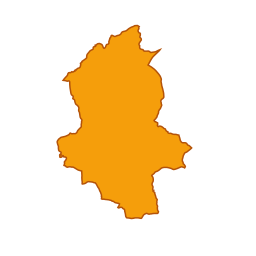 outline of Lolotoe, Bobonaro, East Timor, rotated 52°
{"feature_id": "22284137B16004980931012", "entity_name": "Lolotoe", "entity_type": "district", "adm_level": 2, "iso_a3": "TLS", "parent_name": "East Timor", "parent_adm1": "Bobonaro", "projection": "natural_earth1", "projection_center": [125.249, -9.146], "detail": "fine", "context": "isolated", "style": "filled", "palette": "amber", "viewbox_px": 256, "rotation_deg": 52, "n_neighbors": 0, "source": "geoboundaries", "source_scale": "gbopen_adm2", "svg_char_len": 5775}
<svg xmlns="http://www.w3.org/2000/svg" viewBox="0 0 256 256"><g transform="rotate(52 128 128)"><path d="M86.0,54.5L85.5,56.3L84.9,59.3L84.4,60.3L82.5,63.6L80.9,64.0L80.1,64.4L77.5,67.8L77.1,68.0L75.4,68.0L74.0,69.2L73.0,69.6L72.3,69.5L71.3,69.0L70.9,68.6L70.4,68.1L69.3,68.1L68.5,67.6L68.0,66.8L66.8,63.3L66.5,63.1L65.6,62.6L65.1,62.6L64.0,62.8L63.2,62.3L62.6,61.3L61.3,60.2L60.7,60.1L59.8,60.7L58.0,60.5L57.6,60.3L57.0,59.6L56.5,58.3L55.5,57.9L55.0,56.7L54.3,57.0L53.6,57.2L53.0,57.5L51.5,59.7L51.3,61.2L50.6,63.3L50.4,64.5L50.2,66.3L50.3,68.9L50.1,70.2L49.2,72.1L48.8,73.3L48.8,73.8L48.9,74.4L49.3,75.3L49.5,75.9L49.5,76.6L49.4,77.8L48.5,79.7L48.1,81.4L47.6,82.2L47.2,82.5L45.3,83.4L44.9,83.9L44.9,84.4L45.6,85.3L46.1,87.0L47.3,88.6L47.6,89.1L48.3,90.1L49.2,90.6L49.5,91.0L49.7,92.1L49.6,92.4L49.2,93.1L49.1,93.6L49.4,94.3L50.4,96.0L50.6,96.6L50.6,97.6L50.4,97.8L49.7,98.0L47.2,97.3L46.3,97.2L45.2,97.6L44.6,98.0L43.8,98.5L43.1,99.7L42.9,100.3L42.9,102.0L42.5,102.9L43.1,103.3L43.5,103.1L43.6,103.6L43.0,104.9L43.0,105.6L43.1,105.8L43.7,106.2L44.4,107.1L43.8,110.2L44.8,114.7L45.3,115.6L46.8,117.1L47.1,117.2L47.3,117.6L47.4,118.5L47.2,123.3L47.4,123.6L47.6,123.6L47.8,124.1L47.8,124.6L47.7,125.5L48.0,125.9L49.0,126.2L49.2,126.4L49.6,127.1L50.3,127.8L50.6,128.6L50.6,129.6L50.1,130.7L50.1,132.0L50.0,132.8L50.4,133.2L50.3,133.4L50.0,133.6L49.8,134.0L49.9,134.5L50.1,134.9L50.4,135.0L50.1,135.4L50.2,136.0L49.9,137.0L49.5,137.5L49.3,137.4L49.1,137.5L49.0,138.0L49.1,138.7L49.0,139.2L48.2,140.2L47.9,140.9L48.3,142.1L49.2,143.3L49.3,143.8L49.9,147.7L50.5,149.8L52.0,148.3L53.4,147.3L53.9,146.8L54.2,146.0L54.6,145.5L55.4,145.4L56.3,145.9L57.7,147.0L60.6,148.9L65.5,151.6L66.7,152.0L67.4,152.0L68.8,151.7L69.4,151.8L69.8,152.0L70.7,153.3L71.1,153.4L72.2,152.9L72.8,152.8L73.3,153.0L74.9,153.8L76.7,154.4L77.4,154.4L78.5,154.1L80.4,153.9L81.2,154.1L81.8,154.3L82.5,154.8L83.0,155.4L84.1,156.3L85.9,156.7L90.0,159.0L91.4,159.3L92.6,159.2L93.2,159.4L93.9,159.9L94.3,160.6L94.7,161.0L95.4,161.4L96.2,162.5L98.2,164.0L98.4,164.5L98.8,167.8L99.2,169.5L100.1,171.2L100.1,172.5L99.9,173.2L98.8,174.5L98.1,175.7L97.6,176.1L96.7,176.4L96.4,176.9L96.9,178.4L96.6,180.2L96.0,182.5L94.1,186.6L94.1,188.2L94.1,189.6L94.7,191.4L94.9,191.9L95.5,192.5L97.4,193.4L99.6,194.1L101.1,195.3L102.8,196.3L103.8,196.4L104.5,196.2L105.2,195.8L105.8,195.7L106.1,195.8L106.4,196.0L106.9,196.8L107.7,197.0L108.0,197.4L107.0,198.1L107.3,198.6L107.8,198.7L108.1,198.9L108.7,199.5L109.1,199.6L109.6,199.2L110.1,198.0L109.6,196.7L109.6,196.3L110.0,196.1L111.0,196.4L111.4,196.3L112.1,195.4L112.7,195.0L113.4,194.8L114.0,195.2L114.6,195.9L114.8,196.4L115.6,199.1L116.7,199.6L118.1,201.5L118.9,201.0L119.3,200.6L120.5,200.6L121.5,200.0L122.4,198.2L122.9,197.5L124.0,196.6L124.8,195.6L125.4,195.1L130.1,193.3L131.1,192.7L133.4,191.0L137.3,193.7L138.5,194.8L140.5,196.2L141.4,196.8L142.4,197.3L143.4,198.3L144.0,198.5L144.7,197.3L145.2,196.1L145.4,195.2L145.4,193.9L145.5,193.2L145.6,192.8L146.0,192.1L147.6,190.4L148.8,189.2L150.4,188.3L150.9,187.6L151.4,187.5L153.1,187.6L156.4,188.2L157.7,188.2L160.3,189.0L161.3,189.1L163.7,189.9L164.5,190.2L165.0,190.6L165.5,191.1L166.2,191.2L167.4,192.5L168.0,192.3L168.4,191.9L169.3,190.7L170.0,190.2L172.5,187.6L174.8,185.8L175.3,185.6L175.9,185.6L176.3,185.1L177.0,184.6L178.4,184.3L179.3,183.8L181.7,181.8L182.6,181.4L183.8,183.2L184.3,184.9L185.0,184.8L185.4,184.2L186.0,182.5L186.5,182.0L187.1,181.6L188.3,181.6L189.1,181.3L189.5,181.0L190.6,181.1L191.3,181.7L194.0,182.9L196.3,184.2L197.7,184.4L198.1,184.2L199.6,182.6L201.0,181.4L201.6,180.8L202.5,179.2L203.2,177.7L205.1,175.3L207.3,173.3L207.4,172.8L206.1,169.2L206.1,168.3L206.2,167.6L206.5,166.3L206.8,165.8L208.5,164.8L208.9,164.4L209.7,162.9L210.1,162.4L210.4,161.7L211.3,160.2L213.5,157.3L213.5,156.8L212.9,155.7L212.5,155.4L211.3,155.4L210.6,155.1L208.9,154.0L207.8,152.8L206.0,152.4L205.3,152.0L204.8,151.5L204.4,151.0L203.3,150.3L202.9,149.6L202.3,149.0L200.7,149.0L199.5,148.6L198.8,148.2L196.1,147.3L195.9,147.0L195.3,146.7L194.6,146.9L194.1,146.9L193.3,147.2L193.0,146.9L192.9,146.2L192.4,146.6L191.6,146.4L191.1,145.9L189.9,144.6L187.6,144.0L187.0,143.6L186.5,143.1L185.3,140.8L184.0,139.7L182.6,138.9L181.2,138.6L180.4,138.7L180.0,138.5L179.9,137.7L179.9,135.6L179.4,133.5L180.0,131.8L180.3,129.9L180.2,127.0L180.2,126.3L180.6,125.1L181.2,123.9L183.1,121.5L184.5,120.3L186.1,119.1L186.9,118.6L187.6,118.4L188.8,117.6L189.4,116.5L190.2,114.3L191.2,110.5L191.4,109.9L192.1,109.2L192.9,108.7L193.7,108.1L194.3,107.9L194.0,107.1L193.5,106.4L191.3,106.2L190.2,106.5L188.9,105.7L187.8,105.6L187.4,105.4L186.7,104.9L185.9,104.2L185.5,103.5L183.9,101.5L182.8,99.2L182.6,98.4L183.1,96.4L183.1,92.7L183.0,90.6L182.9,90.1L180.2,90.5L179.4,90.7L178.3,91.4L176.2,91.3L175.4,91.6L175.0,91.9L174.5,92.4L173.4,93.9L172.9,94.3L172.2,94.6L171.1,94.6L170.4,94.5L169.5,94.2L168.0,93.5L164.8,92.3L164.4,92.8L162.6,94.1L161.3,95.7L160.3,96.6L159.1,97.2L158.4,97.7L157.7,98.7L156.9,99.3L156.1,99.4L155.6,98.9L154.4,99.5L153.6,99.6L152.7,99.5L151.9,99.2L151.5,99.3L150.4,100.0L149.3,100.1L147.6,100.6L146.4,101.4L146.0,101.9L145.7,102.3L145.6,103.2L145.3,103.4L145.0,103.5L144.1,103.3L143.8,103.0L143.3,102.2L142.1,101.5L140.9,102.2L140.1,102.3L139.8,102.7L139.3,102.9L138.2,102.9L138.0,102.7L137.7,100.3L137.5,99.9L137.3,99.0L137.0,98.2L136.3,97.5L135.2,95.2L134.8,94.6L133.7,93.7L132.9,92.0L132.8,91.2L132.6,90.5L130.9,87.5L130.5,87.2L129.4,86.9L128.8,86.4L127.3,85.8L126.7,85.3L126.2,84.2L126.2,82.1L125.9,81.0L125.4,80.5L122.8,78.7L121.7,78.1L118.5,76.6L115.1,75.2L114.2,74.6L111.8,73.4L111.3,73.0L110.2,71.8L109.6,71.5L108.9,71.3L108.0,71.0L106.6,70.7L104.2,70.6L99.9,70.8L97.8,71.1L94.4,72.0L90.7,73.4L88.3,67.8L87.4,65.2L87.1,63.3L86.3,55.5L86.0,54.5Z" fill="#f59e0b" stroke="#b45309" stroke-width="1.5"/></g></svg>